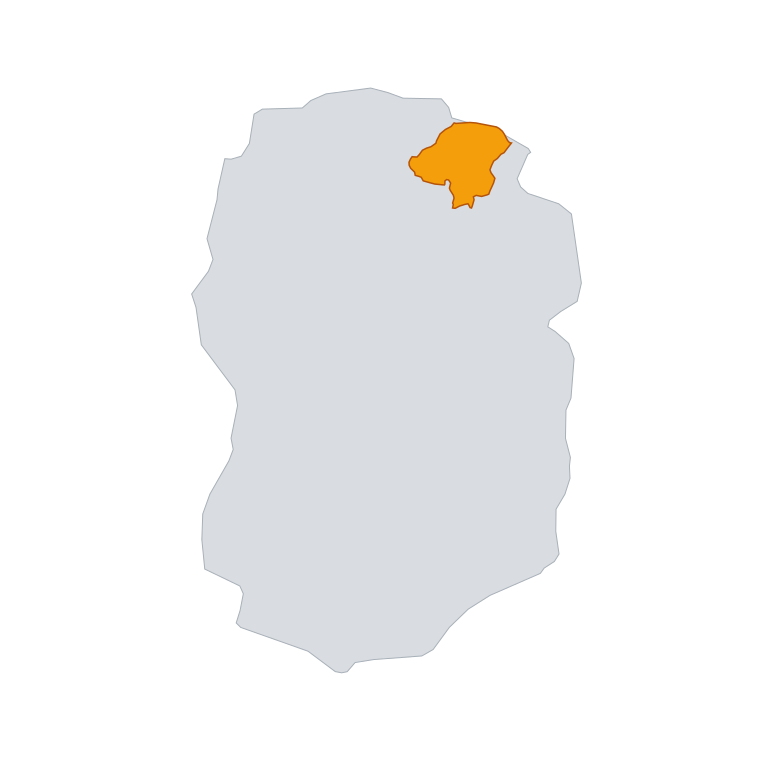 Mavrovo and Rostusa highlighted on a map of North Macedonia, rotated 106°
{"feature_id": "MKD-2955", "entity_name": "Mavrovo and Rostusa", "entity_type": "Statistical Region", "adm_level": 1, "iso_a3": "MKD", "parent_name": "North Macedonia", "parent_adm1": "", "projection": "natural_earth1", "projection_center": [20.731, 41.637], "detail": "fine", "context": "in_parent", "style": "filled", "palette": "amber", "viewbox_px": 768, "rotation_deg": 106, "n_neighbors": 0, "source": "natural_earth", "source_scale": "10m", "svg_char_len": 2152}
<svg xmlns="http://www.w3.org/2000/svg" viewBox="0 0 768 768"><g transform="rotate(106 384 384)"><path d="M346.2,200.4L358.9,201.9L386.2,194.6L403.2,184.6L411.9,183.1L423.4,179.2L440.0,179.7L456.9,184.1L478.2,178.3L499.2,168.9L507.6,171.3L516.8,179.3L522.9,181.5L558.0,223.9L577.2,241.0L599.9,254.1L625.7,263.6L635.0,272.7L651.7,317.9L659.7,335.0L670.7,340.1L673.3,345.1L673.9,351.6L661.8,383.4L657.5,454.6L654.4,460.2L641.5,459.9L624.4,461.4L617.9,466.9L611.3,505.3L583.8,516.2L558.9,522.4L537.8,521.0L500.6,511.9L488.5,510.9L478.2,516.1L445.1,518.8L430.7,525.6L396.7,570.4L362.2,585.8L350.5,593.7L324.0,583.8L311.4,582.7L293.1,594.2L253.0,595.3L242.2,597.3L211.3,599.1L210.0,592.9L204.3,583.9L189.9,579.7L160.4,583.3L153.3,576.7L141.2,538.6L131.7,532.5L121.1,519.7L103.2,478.4L102.8,460.3L104.0,444.5L94.1,407.4L100.3,398.1L109.5,392.2L109.6,377.3L107.0,354.6L117.9,310.2L120.9,306.9L123.7,309.1L150.0,312.6L156.9,307.0L161.2,298.2L162.6,265.7L168.9,250.7L232.6,222.1L251.3,221.1L265.7,234.2L277.1,242.6L283.9,242.3L286.4,233.9L294.1,217.6L307.1,208.3L345.9,200.4L346.2,200.4Z" fill="#d9dde1" stroke="#a8b0b8" stroke-width="1"/><path d="M113.7,388.6L113.7,386.7L108.9,373.4L107.7,367.4L105.9,346.7L106.6,343.7L108.4,339.9L110.7,337.2L115.9,332.3L117.4,329.8L117.2,327.9L123.9,330.6L128.6,332.4L130.9,334.9L136.0,337.2L139.5,340.0L144.2,340.8L148.9,341.2L151.5,339.3L153.6,336.6L155.7,334.1L160.5,334.1L164.7,334.7L169.1,335.4L172.6,335.6L173.9,337.2L176.8,341.9L177.3,347.4L179.4,349.7L182.1,348.2L184.8,348.2L188.5,348.2L190.7,348.4L190.7,349.9L188.8,351.6L187.6,353.0L189.2,356.0L192.1,360.4L195.5,364.0L195.9,366.6L192.3,366.9L191.2,367.9L188.1,367.9L186.0,367.9L183.4,369.4L179.5,373.8L177.7,375.1L172.5,375.3L170.1,378.1L170.2,380.1L172.0,381.4L175.1,380.6L176.0,380.8L176.4,382.6L177.8,390.3L177.9,395.7L177.9,398.7L177.9,402.3L175.0,405.2L174.8,407.9L174.8,411.5L171.9,413.0L169.3,417.8L166.8,420.1L163.9,421.1L160.3,420.5L157.7,419.6L157.5,418.1L156.7,414.8L153.7,413.3L148.7,411.5L145.6,408.2L143.0,404.3L138.3,400.5L135.7,400.5L128.1,399.0L122.4,395.1L117.9,390.4L113.7,388.6Z" fill="#f59e0b" stroke="#b45309" stroke-width="1.5"/></g></svg>